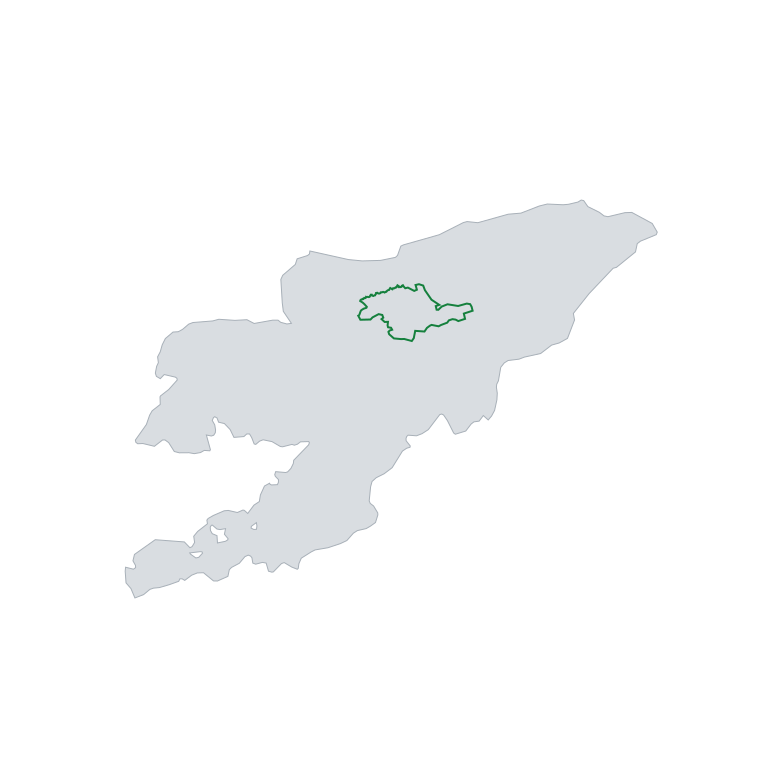 Kochkor, Naryn, Kyrgyzstan shown in context, rotated 342°
{"feature_id": "92254566B91475700804664", "entity_name": "Kochkor", "entity_type": "district", "adm_level": 2, "iso_a3": "KGZ", "parent_name": "Kyrgyzstan", "parent_adm1": "Naryn", "projection": "mercator", "projection_center": [75.232, 42.072], "detail": "medium", "context": "in_parent", "style": "outline", "palette": "green", "viewbox_px": 768, "rotation_deg": 342, "n_neighbors": 0, "source": "geoboundaries", "source_scale": "gbopen_adm2", "svg_char_len": 5619}
<svg xmlns="http://www.w3.org/2000/svg" viewBox="0 0 768 768"><g transform="rotate(342 384 384)"><path d="M173.5,458.7L175.3,457.5L181.1,456.3L192.8,455.2L196.8,456.1L204.8,460.9L210.9,460.3L212.1,461.0L214.4,465.0L222.9,459.0L229.1,457.3L232.2,451.3L238.8,444.1L244.5,443.0L244.6,444.1L245.7,445.2L251.5,446.8L253.2,444.9L254.1,442.3L252.1,438.2L252.1,436.4L253.9,433.9L263.1,437.8L265.2,437.8L269.4,435.5L273.2,431.6L274.6,428.6L293.5,418.6L294.9,416.8L294.6,415.5L286.7,413.2L283.1,414.5L279.8,414.5L277.8,413.0L268.2,412.4L266.1,411.4L259.7,404.2L251.8,399.7L248.0,399.9L243.4,401.8L242.0,400.9L241.6,394.1L240.7,390.0L238.0,389.1L234.5,390.7L224.8,388.4L223.6,379.8L220.0,372.3L214.9,369.2L214.7,364.7L212.9,362.8L211.4,363.3L209.4,365.6L210.4,370.6L209.6,375.7L208.5,378.2L206.2,380.1L203.7,380.1L199.3,377.6L198.6,392.8L197.7,393.7L192.5,391.6L188.3,392.5L182.0,391.6L177.3,389.1L168.1,386.2L163.7,383.4L161.1,373.2L158.5,369.6L156.1,368.8L146.4,372.3L136.3,366.1L131.3,364.7L130.0,362.8L130.2,360.5L145.5,349.1L151.5,341.2L155.3,337.8L164.9,334.3L167.0,327.0L167.9,326.2L177.6,322.7L188.6,316.3L188.8,314.5L187.7,313.0L177.9,307.1L172.9,309.8L169.9,306.4L169.9,303.0L173.2,297.0L176.0,294.0L177.1,288.2L181.1,284.3L185.2,278.2L190.1,273.2L199.4,269.4L204.5,270.7L209.3,269.8L216.8,266.7L221.3,266.5L240.6,271.1L246.9,271.4L261.8,277.4L273.5,280.5L279.2,286.3L297.9,288.9L303.0,290.6L304.8,293.4L310.2,296.9L314.7,297.7L310.7,283.8L312.3,275.5L318.2,252.7L321.3,249.3L336.6,242.9L340.1,238.1L351.0,238.2L353.3,237.3L354.6,234.6L388.5,254.6L401.3,260.2L419.0,265.4L434.0,267.1L436.6,265.9L442.6,258.1L445.4,257.7L482.7,259.1L509.3,255.0L513.2,255.2L523.1,259.6L554.6,260.9L567.0,263.8L586.6,262.7L594.9,263.3L609.8,268.9L615.0,270.1L624.7,270.9L628.4,270.0L630.6,271.3L632.7,278.3L641.9,287.3L645.2,292.1L648.7,294.1L666.1,295.5L672.7,297.4L688.7,314.2L690.8,324.0L689.1,326.1L672.0,327.4L668.2,328.8L664.0,336.1L641.1,344.9L637.7,344.7L607.0,361.4L585.9,375.4L585.0,382.0L572.6,397.3L563.3,399.1L555.4,398.8L542.4,403.4L525.8,401.8L520.1,402.1L509.2,400.0L504.9,401.1L500.2,404.2L493.8,416.3L491.1,419.1L489.9,421.8L488.9,427.7L486.5,433.9L481.0,443.3L476.4,447.7L472.0,450.4L468.7,444.7L463.0,448.7L457.8,447.8L454.5,449.0L447.2,454.0L436.3,453.8L435.1,452.1L433.0,438.4L431.1,431.9L429.6,430.4L427.6,430.3L412.0,441.1L404.8,443.0L398.9,443.3L391.1,440.1L389.4,440.9L388.1,442.6L387.5,444.8L389.8,451.0L389.2,452.2L385.7,452.1L380.8,453.5L365.9,466.1L356.4,469.4L347.7,470.7L342.5,473.0L339.5,477.6L333.8,490.6L334.0,493.3L336.4,496.8L338.2,504.6L337.7,506.6L333.1,513.1L327.1,515.0L322.4,516.0L313.4,515.2L308.8,516.4L300.3,521.4L293.3,522.3L280.1,522.4L267.2,520.5L262.9,521.2L251.5,524.1L247.5,528.6L245.5,532.8L244.3,533.4L239.7,529.6L233.9,523.0L231.0,523.1L220.7,528.5L219.2,528.3L216.3,526.3L216.6,517.9L213.3,516.1L206.3,515.7L203.9,513.8L204.7,508.4L203.9,506.4L202.0,504.8L198.4,505.2L191.0,509.8L182.4,511.3L179.5,512.8L176.1,518.7L164.7,519.9L161.0,518.6L154.0,507.7L148.1,506.0L142.0,506.4L133.8,509.2L131.8,506.9L129.7,506.2L127.8,508.2L117.7,508.5L107.5,508.2L101.6,506.9L97.8,507.0L90.3,510.0L81.0,510.5L80.1,500.3L77.2,493.4L80.0,482.1L81.6,478.4L88.5,482.7L91.0,481.9L91.6,479.7L90.6,474.6L94.0,469.0L118.3,461.4L145.3,472.5L148.8,479.7L151.2,479.4L154.9,476.2L156.0,470.0L161.3,466.6L172.9,462.4L173.5,458.7ZM187.3,483.9L187.9,482.9L185.8,477.6L188.6,472.6L183.1,471.8L180.3,470.3L177.2,465.2L176.2,465.0L174.5,466.4L173.7,469.7L174.4,473.3L178.3,476.6L176.5,483.7L184.6,484.6L187.3,483.9ZM159.2,488.8L159.0,487.3L157.1,486.6L147.0,484.6L147.4,486.0L151.3,491.3L154.2,491.6L159.2,488.8ZM219.3,479.7L219.8,476.4L213.8,478.4L213.1,480.0L215.2,482.1L217.8,482.8L219.3,479.7Z" fill="#d9dde1" stroke="#a8b0b8" stroke-width="1"/><path d="M387.5,297.0L387.0,297.7L388.9,300.0L390.1,302.1L391.5,305.3L390.8,306.1L387.9,306.1L385.2,306.8L384.3,307.5L382.0,310.5L381.3,311.0L380.6,311.1L381.4,315.6L391.1,318.5L393.7,317.1L400.5,315.9L403.7,317.8L403.8,320.7L401.7,321.5L403.8,325.2L407.0,326.1L405.5,329.4L405.4,331.3L408.1,332.7L408.5,334.9L405.9,334.9L404.3,335.8L404.3,338.3L407.5,343.7L414.2,346.6L417.1,347.4L423.7,351.7L426.5,349.6L430.1,343.1L438.7,346.6L442.2,343.9L445.8,342.7L447.5,342.5L453.8,346.0L456.6,345.5L463.1,345.2L465.4,343.5L469.2,343.5L472.0,344.9L474.1,347.1L481.2,347.1L481.7,341.7L490.9,341.7L491.2,337.6L490.6,334.7L487.6,333.1L478.6,332.7L469.0,327.8L462.8,328.2L458.6,330.2L457.0,329.6L457.3,325.9L461.0,325.8L455.2,318.5L451.9,307.4L451.7,302.5L448.1,299.9L444.6,299.6L444.4,304.5L441.5,304.8L436.5,299.7L433.8,299.5L432.8,297.2L432.5,295.9L431.4,296.1L431.4,296.5L431.1,296.8L430.3,297.0L429.4,296.9L428.9,296.3L428.6,296.6L428.1,296.6L427.7,296.1L427.6,295.4L427.8,295.2L427.8,294.9L427.3,294.3L425.7,295.8L425.4,295.6L424.8,296.0L424.5,295.8L423.4,296.2L422.3,295.7L421.3,296.6L421.0,296.4L420.6,295.8L419.6,294.6L419.0,295.0L418.0,296.1L416.9,296.0L415.7,296.3L415.1,296.8L414.7,296.7L414.2,297.1L413.5,296.9L412.9,297.2L411.6,296.1L410.3,296.2L409.6,295.8L409.2,295.8L408.8,296.3L408.5,296.5L407.2,296.5L406.4,296.0L406.1,295.5L405.6,295.4L405.5,295.1L405.1,295.2L404.7,295.1L404.7,295.3L404.4,295.5L404.3,295.8L403.4,296.2L403.0,296.9L401.7,296.8L401.1,297.0L400.6,296.7L400.0,295.7L400.0,295.3L399.0,295.0L398.9,295.1L398.8,295.8L398.1,295.8L397.7,296.1L397.5,296.5L396.9,296.7L396.2,296.6L395.2,296.0L394.3,295.9L393.9,295.6L393.7,296.0L393.3,296.1L393.2,296.4L392.8,296.5L392.4,296.5L392.2,296.2L391.8,296.0L391.3,296.4L390.7,296.4L390.5,296.7L390.0,296.5L389.7,296.8L389.3,296.6L388.4,296.6L387.5,297.0Z" fill="none" stroke="#15803d" stroke-width="2"/></g></svg>